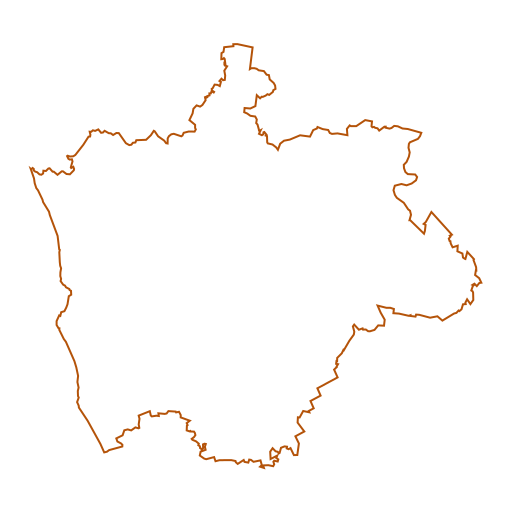 Cazones de Herrera, Veracruz, Mexico, rotated 180°
{"feature_id": "50627088B60977128263275", "entity_name": "Cazones de Herrera", "entity_type": "district", "adm_level": 2, "iso_a3": "MEX", "parent_name": "Mexico", "parent_adm1": "Veracruz", "projection": "robinson", "projection_center": [-97.287, 20.709], "detail": "fine", "context": "isolated", "style": "outline", "palette": "amber", "viewbox_px": 512, "rotation_deg": 180, "n_neighbors": 0, "source": "geoboundaries", "source_scale": "gbopen_adm2", "svg_char_len": 5994}
<svg xmlns="http://www.w3.org/2000/svg" viewBox="0 0 512 512"><g transform="rotate(180 256 256)"><path d="M407.8,59.6L405.0,60.3L402.9,61.9L389.7,65.5L389.6,67.2L391.0,68.6L394.6,70.5L395.7,73.6L389.4,76.7L387.7,81.7L384.3,82.6L380.8,81.6L376.6,84.6L373.5,83.7L372.7,84.1L373.3,87.6L372.5,93.2L373.3,96.4L362.2,100.8L361.2,96.5L360.2,95.6L355.6,96.3L353.2,96.0L353.6,98.7L347.3,98.1L345.4,98.5L343.6,100.9L336.3,100.4L335.9,99.6L333.0,100.2L331.3,97.0L331.3,94.6L322.2,91.3L325.3,88.9L324.4,86.9L325.1,86.3L325.3,81.6L322.7,80.7L321.8,81.0L321.7,80.5L318.0,80.4L317.1,79.0L316.6,76.9L317.9,75.0L320.3,73.1L319.6,72.2L316.0,70.7L313.2,68.3L313.7,66.8L312.1,65.7L311.9,63.9L310.7,63.3L310.4,62.4L308.9,63.8L309.0,67.6L307.4,68.3L306.2,68.0L307.1,65.3L306.4,62.2L311.4,60.3L312.2,56.5L307.8,53.4L305.8,52.8L297.9,54.9L296.5,50.8L292.5,51.8L280.8,51.9L276.5,51.0L276.2,49.8L274.3,48.1L268.3,52.0L267.5,50.1L263.7,49.4L262.8,52.4L261.0,52.1L258.5,50.2L251.5,51.6L250.2,46.9L251.9,45.3L248.1,44.1L249.0,46.6L243.6,46.8L238.8,45.8L237.8,47.7L238.6,50.2L237.8,51.3L234.3,50.5L233.7,52.6L235.7,54.0L234.8,56.4L241.4,53.0L241.8,60.3L239.4,63.8L236.4,60.7L234.2,60.2L233.3,58.5L232.4,59.0L231.0,64.2L227.5,65.6L225.0,65.3L225.3,63.6L223.4,62.8L221.5,63.9L218.1,56.9L214.7,57.0L213.1,68.5L216.6,75.7L207.7,80.5L214.4,89.4L214.1,94.7L212.4,94.5L208.8,101.0L202.7,99.7L203.3,101.0L198.3,103.7L201.5,111.0L191.4,116.4L194.6,123.7L174.4,134.6L177.9,142.4L175.2,145.0L175.4,145.5L174.0,147.8L175.9,148.2L175.5,151.0L174.9,150.9L174.8,154.1L170.2,158.7L168.6,162.1L168.2,161.7L162.6,171.3L158.2,177.4L157.7,180.3L159.1,185.6L157.8,187.4L153.1,182.3L149.4,183.6L149.0,182.4L146.2,182.5L143.9,180.8L142.1,180.7L137.5,182.1L133.8,186.6L128.0,186.3L127.3,192.3L131.3,199.3L134.4,206.4L125.6,204.2L121.7,204.2L118.1,203.0L118.6,198.8L113.0,198.4L103.3,196.2L101.8,196.7L102.0,196.1L96.5,195.4L95.9,197.4L92.8,197.2L81.9,194.3L74.6,195.7L69.6,191.4L57.9,198.5L55.6,199.1L53.4,201.5L52.6,200.9L50.5,202.7L49.0,207.7L46.3,207.9L46.6,209.4L44.9,212.7L41.6,207.9L38.7,212.0L38.9,219.4L39.4,220.7L40.7,221.5L39.2,225.9L38.4,226.6L39.5,227.1L37.6,228.3L35.2,225.9L32.7,229.0L30.7,229.3L32.8,233.8L36.9,237.0L36.1,241.7L35.7,241.6L35.9,244.9L38.5,252.0L38.0,252.8L44.7,260.1L46.6,253.0L47.4,253.3L49.0,254.5L49.6,258.5L54.6,260.7L54.3,266.3L59.4,264.7L61.3,268.6L61.6,270.8L62.4,271.0L63.2,273.4L61.5,275.4L62.2,276.3L60.1,277.3L80.6,300.0L86.2,290.0L88.3,288.1L86.4,287.1L87.1,281.1L88.0,278.3L101.8,291.8L102.5,291.8L101.0,297.2L102.0,301.3L103.8,302.6L108.2,309.2L115.2,314.2L117.1,317.1L118.5,321.8L117.2,326.3L110.6,328.0L105.4,326.7L100.3,328.5L96.0,331.7L94.9,335.0L96.8,337.5L104.2,337.9L106.6,340.0L108.0,343.8L108.2,347.2L105.4,350.1L103.1,355.4L102.3,359.6L103.5,364.2L103.1,368.1L102.1,369.7L94.1,373.1L92.0,375.8L90.7,379.2L104.2,383.0L109.5,383.5L114.2,385.7L117.8,386.1L120.5,384.0L122.5,383.4L126.4,384.3L126.3,385.3L127.6,385.3L132.8,381.4L134.5,383.7L136.9,384.2L138.0,385.1L139.6,384.7L140.5,385.7L140.0,390.6L146.8,391.9L155.7,385.9L161.2,385.9L162.3,386.6L165.1,383.1L164.6,376.8L174.5,378.6L180.0,378.1L182.2,379.0L183.8,382.0L189.3,382.9L194.5,385.0L195.1,383.5L198.8,381.9L202.0,375.4L211.9,376.7L222.2,372.4L228.0,371.3L231.8,368.3L234.1,362.2L235.8,364.6L239.5,367.5L244.2,368.6L244.8,369.7L245.0,375.9L246.2,376.4L245.5,377.3L247.7,380.0L248.5,379.7L248.7,377.7L250.1,376.8L253.0,378.2L251.3,381.8L253.4,380.6L252.8,381.3L254.5,387.5L255.8,388.9L255.2,392.5L256.8,395.5L261.6,396.2L264.8,398.5L267.8,399.8L267.4,404.0L261.7,403.5L256.6,405.9L255.2,416.8L251.9,413.7L250.3,415.3L249.3,415.1L246.3,416.4L244.6,417.8L242.8,417.1L239.1,420.1L238.7,421.8L236.5,423.1L236.9,426.5L238.3,429.0L242.3,432.6L243.1,436.9L245.4,437.3L248.1,440.9L253.3,441.7L255.3,443.2L257.6,443.8L260.6,443.8L262.1,442.9L259.4,464.6L274.7,467.9L278.7,467.8L278.6,465.8L287.8,464.8L288.5,460.1L290.5,458.9L290.7,452.8L289.2,453.0L288.1,453.9L287.3,453.0L286.7,448.4L287.6,448.9L287.6,447.5L287.2,446.5L284.9,445.7L287.7,441.3L286.8,436.5L287.2,432.1L289.0,431.8L290.5,433.3L292.5,431.0L291.1,430.1L292.2,425.9L294.4,427.1L297.4,427.4L299.3,423.8L300.3,423.1L300.0,421.5L297.9,420.1L298.3,419.5L300.5,420.7L301.2,418.6L302.6,418.6L302.5,416.6L304.7,415.9L304.6,414.9L305.5,414.4L306.2,415.1L307.0,414.8L306.4,411.8L309.6,407.0L311.9,405.4L315.4,406.6L318.6,403.2L319.4,398.6L322.6,391.9L316.9,387.2L316.9,384.1L316.2,382.6L317.4,380.4L323.2,380.5L328.3,379.2L329.5,376.5L330.7,375.7L338.2,378.2L340.7,377.7L343.1,375.8L344.3,373.6L344.4,368.5L345.9,368.8L347.8,371.4L353.9,375.7L357.3,380.7L358.2,381.2L361.1,376.8L365.9,372.2L375.7,371.8L376.6,369.5L379.2,369.2L380.6,367.3L382.7,366.9L386.1,368.8L393.2,378.9L395.6,379.0L398.9,377.0L401.2,378.7L403.2,378.8L407.4,381.2L409.0,379.5L410.9,379.2L413.7,382.6L416.9,381.1L419.1,381.7L420.8,380.2L422.3,380.3L421.6,377.2L421.9,375.5L423.5,375.3L428.7,367.2L436.7,357.0L438.8,355.7L442.1,355.5L444.4,356.3L444.9,355.9L443.6,353.2L442.3,352.4L440.1,352.7L439.5,350.6L441.2,344.6L440.8,344.0L438.7,345.2L437.9,343.0L438.2,341.7L442.1,337.7L445.5,338.0L449.1,340.7L450.2,340.7L454.5,337.2L458.2,340.3L459.4,340.3L462.4,343.7L463.6,343.5L466.1,341.0L468.6,341.3L468.9,338.5L470.6,337.3L472.5,337.6L474.9,339.8L476.8,340.4L478.2,341.5L478.2,343.0L479.4,344.0L480.7,342.7L481.3,343.2L478.0,333.6L477.3,328.8L475.7,323.9L474.0,321.7L469.5,312.3L468.9,309.9L463.0,300.3L462.2,297.0L454.4,276.1L452.8,262.7L452.2,262.1L452.7,259.8L452.2,249.8L451.8,246.2L450.9,243.7L451.6,239.7L451.7,235.9L450.9,233.1L451.4,230.9L448.8,227.3L447.0,226.4L446.0,224.7L442.7,223.0L442.4,222.0L441.0,221.2L440.8,217.3L443.2,215.8L444.5,207.7L445.8,204.3L447.6,200.8L450.8,199.8L451.7,196.1L452.8,196.6L455.4,190.9L455.4,187.0L453.5,183.8L452.6,183.7L452.7,182.1L448.2,173.0L446.1,170.2L437.6,150.9L435.7,144.6L433.9,136.1L434.6,130.0L433.4,124.4L434.2,121.0L434.0,116.0L433.3,114.4L434.9,109.9L433.3,106.3L433.1,104.4L424.4,91.3L411.6,68.1L407.8,59.6Z" fill="none" stroke="#b45309" stroke-width="2"/></g></svg>